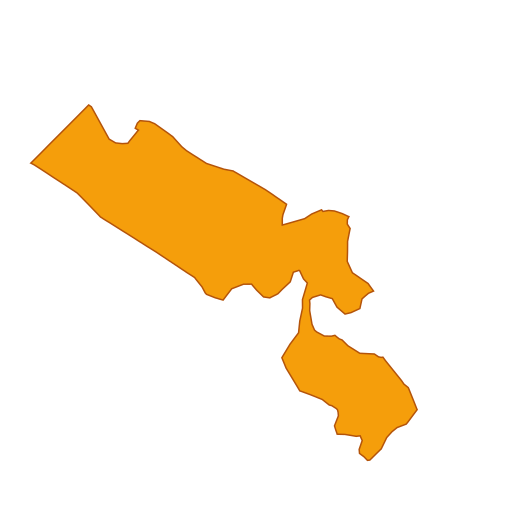 outline of Jahran, Dhamar, Yemen, rotated 315°
{"feature_id": "15242507B45956932951214", "entity_name": "Jahran", "entity_type": "district", "adm_level": 2, "iso_a3": "YEM", "parent_name": "Yemen", "parent_adm1": "Dhamar", "projection": "albers", "projection_center": [44.298, 14.733], "detail": "fine", "context": "isolated", "style": "filled", "palette": "amber", "viewbox_px": 512, "rotation_deg": 315, "n_neighbors": 0, "source": "geoboundaries", "source_scale": "gbopen_adm2", "svg_char_len": 3252}
<svg xmlns="http://www.w3.org/2000/svg" viewBox="0 0 512 512"><g transform="rotate(315 256 256)"><path d="M244.5,30.9L214.4,31.0L213.2,31.0L203.4,31.0L190.2,31.0L189.4,31.0L176.2,31.1L162.5,31.1L162.6,31.3L162.8,32.1L163.7,35.0L163.9,36.0L165.1,41.5L166.8,49.6L168.2,56.6L168.9,59.9L170.3,66.4L170.5,67.5L172.2,75.5L174.1,85.0L174.1,86.9L174.1,90.6L174.0,99.4L174.0,100.3L173.7,116.4L173.6,118.5L173.9,119.5L174.2,121.2L175.5,126.8L175.6,127.1L175.9,128.3L179.5,144.3L180.1,146.8L181.7,153.8L183.5,162.0L184.2,165.1L184.3,165.2L184.7,167.3L185.8,172.3L187.4,179.1L188.0,181.7L188.3,183.1L189.3,188.2L189.8,190.6L191.1,197.2L194.3,213.2L194.7,215.1L195.0,216.5L195.2,217.8L197.4,227.9L197.4,228.0L197.2,228.9L196.0,239.7L194.0,246.2L193.9,248.1L197.7,256.9L198.6,258.4L199.5,260.2L201.6,263.9L206.5,263.2L215.7,262.0L227.2,267.1L232.4,272.2L233.0,272.8L232.8,274.2L232.3,280.6L232.4,290.2L232.4,290.3L233.0,291.1L236.2,295.4L237.6,295.8L242.3,297.4L242.5,297.5L243.9,297.9L244.9,298.2L250.9,298.1L261.8,298.5L262.7,298.1L270.7,294.0L271.0,293.9L273.6,295.2L274.5,295.7L276.2,296.5L276.5,297.2L273.4,305.8L273.2,311.4L267.4,314.6L258.0,319.7L252.0,325.8L240.9,333.0L231.8,340.4L217.8,342.4L202.4,346.2L202.3,346.4L200.2,351.4L198.0,356.6L195.9,365.2L194.4,371.3L192.6,378.5L191.6,382.4L192.2,383.5L192.8,384.8L195.9,391.5L196.1,391.9L196.2,392.1L197.1,394.2L201.4,404.3L202.0,409.5L202.4,413.1L203.8,415.5L204.3,417.9L204.9,420.5L204.9,422.3L203.6,424.5L201.2,427.3L195.7,429.7L191.4,431.6L189.5,435.2L187.6,439.1L187.4,439.4L192.3,444.6L192.7,445.0L199.4,454.4L202.5,456.8L200.6,461.6L192.2,465.7L189.6,468.8L190.4,474.4L190.3,479.3L192.2,480.8L207.8,480.9L208.0,481.0L212.3,479.5L217.5,477.7L220.0,476.8L228.1,476.4L228.8,476.5L234.5,477.1L237.6,478.5L241.2,480.1L243.4,481.1L244.2,481.0L245.4,480.9L247.5,480.6L256.4,479.3L261.3,478.6L261.8,477.3L265.1,469.7L270.1,458.0L270.6,456.7L270.5,455.8L270.0,451.2L270.8,446.9L271.9,436.6L273.5,421.8L274.2,417.3L272.8,416.2L271.3,413.9L270.4,409.0L260.6,398.2L257.5,384.5L257.5,383.5L257.5,376.2L256.3,373.6L255.9,370.5L255.7,367.9L252.6,366.0L247.7,360.9L245.2,352.6L245.0,349.8L247.3,343.9L255.3,332.6L260.5,327.7L262.7,325.0L266.6,325.2L274.2,329.2L276.5,334.1L279.8,340.1L277.1,349.4L277.9,360.0L283.1,363.2L292.3,366.6L300.6,361.3L304.5,361.5L309.2,361.9L314.3,363.9L315.0,359.4L315.8,354.7L312.3,336.0L316.7,324.3L323.4,318.0L329.1,312.4L331.1,310.4L339.6,304.7L342.0,303.1L342.5,300.7L343.1,298.0L346.2,295.0L349.5,293.8L349.3,293.5L349.3,293.4L347.0,287.1L344.5,282.0L343.2,279.5L339.5,275.1L334.8,271.8L335.0,269.7L325.1,265.7L316.8,264.0L300.9,255.2L296.5,252.7L301.3,247.9L304.3,245.8L313.7,241.3L314.2,241.0L313.6,237.8L311.5,226.3L311.3,224.9L309.5,215.6L305.2,199.5L303.6,193.5L303.0,191.3L302.3,188.6L300.9,183.3L300.3,181.2L300.1,180.4L299.9,179.5L299.6,179.2L295.4,173.0L295.3,172.9L294.7,172.0L286.4,155.5L285.3,150.4L284.8,148.3L284.0,144.4L283.8,143.7L282.8,139.3L281.4,132.7L281.3,132.2L280.8,126.5L280.8,125.8L281.3,115.9L281.5,113.1L280.7,107.4L277.9,90.8L277.1,88.9L275.7,85.4L269.6,78.2L266.0,78.2L260.9,80.3L261.9,83.9L259.8,84.0L258.4,84.2L248.4,85.2L245.1,85.7L240.9,82.0L236.7,76.8L234.8,69.5L245.1,34.1L244.5,30.9Z" fill="#f59e0b" stroke="#b45309" stroke-width="1.5"/></g></svg>